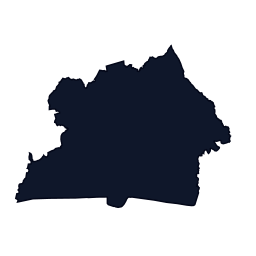 the district of Wa East, Upper West, Ghana, rotated 7°
{"feature_id": "2480657B52594370214383", "entity_name": "Wa East", "entity_type": "district", "adm_level": 2, "iso_a3": "GHA", "parent_name": "Ghana", "parent_adm1": "Upper West", "projection": "natural_earth1", "projection_center": [-2.09, 10.084], "detail": "fine", "context": "isolated", "style": "filled", "palette": "ink", "viewbox_px": 256, "rotation_deg": 7, "n_neighbors": 0, "source": "geoboundaries", "source_scale": "gbopen_adm2", "svg_char_len": 5719}
<svg xmlns="http://www.w3.org/2000/svg" viewBox="0 0 256 256"><g transform="rotate(7 128 128)"><path d="M213.2,104.4L212.5,103.9L212.0,102.5L212.2,101.7L212.0,100.3L211.8,99.3L211.2,98.9L210.7,97.8L210.7,96.7L211.3,96.3L211.2,95.9L210.5,95.2L209.3,92.5L209.0,92.5L209.1,93.1L208.7,93.1L208.2,91.8L207.6,91.9L206.5,90.9L205.6,90.9L205.2,91.3L203.9,90.6L203.4,89.5L202.9,89.7L201.6,88.8L200.5,87.6L198.6,87.0L198.0,86.3L196.9,84.2L196.3,84.2L195.5,84.6L194.5,84.1L193.9,84.0L193.7,83.5L191.9,81.9L191.1,81.7L190.1,81.2L187.0,77.9L185.1,76.7L184.3,75.5L183.3,74.8L181.7,72.9L180.0,71.9L178.6,71.8L177.4,71.4L176.9,69.8L176.9,68.9L176.3,68.0L176.1,66.8L176.4,65.4L176.3,64.9L174.2,61.6L172.4,57.7L170.0,53.7L167.8,51.2L167.4,50.4L164.5,47.6L163.4,45.5L162.0,44.0L160.8,41.1L160.5,41.4L160.4,42.3L159.8,42.8L158.9,44.4L158.1,46.2L158.2,47.3L157.7,48.3L156.1,50.0L155.9,50.7L155.3,51.6L153.0,53.0L152.6,53.1L152.3,52.9L149.9,53.6L149.1,54.1L148.7,54.9L148.2,55.3L146.5,55.9L144.4,55.1L143.8,54.6L142.5,55.2L141.3,55.2L141.0,56.6L140.4,57.8L140.1,59.4L138.9,60.0L137.0,62.0L136.8,62.7L137.1,63.5L136.1,63.9L135.6,64.4L135.6,65.1L136.2,65.5L135.4,66.8L135.1,67.0L134.1,67.1L133.8,66.5L133.1,67.1L132.9,67.6L133.1,68.9L132.8,69.3L132.6,68.9L132.3,69.0L132.1,70.5L130.5,70.5L130.3,70.1L130.2,68.9L129.9,68.7L128.9,68.7L128.2,68.3L127.2,68.4L125.9,67.5L125.5,67.7L125.3,68.4L125.0,68.5L124.3,67.3L123.7,66.8L123.8,65.0L123.2,64.9L122.1,65.0L121.6,65.7L120.6,66.3L120.4,66.8L119.5,67.7L119.1,67.8L118.5,67.6L118.2,67.2L118.6,67.2L118.5,66.9L117.3,66.7L116.3,65.9L115.5,62.2L99.0,69.3L100.4,74.0L100.1,74.4L99.0,74.2L98.7,74.7L98.3,74.7L97.5,74.0L97.2,74.2L96.4,74.2L96.1,74.5L94.8,74.2L93.8,74.4L93.6,74.2L92.9,74.2L91.1,79.3L90.1,81.5L88.9,83.7L89.4,83.9L89.7,84.3L89.7,85.0L89.4,85.8L89.1,86.1L88.6,86.2L88.0,85.7L85.8,87.8L83.6,88.0L83.3,89.4L82.5,90.5L82.8,91.1L82.4,91.7L82.4,92.5L81.8,93.2L81.9,93.6L81.7,93.8L81.1,93.8L79.5,92.6L79.3,91.6L78.9,90.9L78.9,90.1L78.1,89.9L77.7,89.3L77.8,88.9L76.3,87.1L75.9,86.3L74.0,85.3L72.9,86.1L72.2,86.0L71.2,86.7L70.3,86.8L67.6,86.2L66.5,87.0L64.9,86.6L64.6,86.8L64.0,86.5L63.6,85.8L62.7,85.3L62.4,85.7L61.8,85.7L61.7,85.9L61.2,85.9L59.9,87.1L57.3,86.7L56.7,88.0L56.3,88.4L55.5,90.3L54.6,90.8L54.5,91.3L54.2,91.3L54.4,92.3L54.2,93.0L53.1,94.7L52.3,95.7L51.7,98.9L50.7,99.9L50.0,100.1L49.5,100.6L49.2,101.8L47.9,103.0L47.1,104.5L46.5,105.0L46.1,106.4L46.2,108.9L45.6,110.0L45.5,110.7L46.5,113.0L47.1,113.8L47.8,115.6L47.8,116.0L47.4,116.2L47.7,119.2L50.4,118.4L52.9,118.0L54.2,118.6L54.7,119.9L55.5,119.9L56.3,119.3L58.0,120.3L58.3,121.4L57.4,121.9L56.7,122.0L54.5,123.3L53.9,123.3L53.7,123.5L55.4,127.3L55.1,128.7L54.6,129.9L54.6,131.3L55.3,131.4L56.2,132.1L56.9,133.5L57.6,134.1L58.9,133.2L60.0,133.3L60.5,133.7L61.6,133.1L62.4,133.1L64.5,133.7L64.9,134.3L65.4,134.5L65.8,135.3L66.5,135.2L66.8,135.5L67.1,135.3L67.5,135.7L68.0,135.4L68.5,135.9L68.4,136.1L68.6,136.3L68.4,136.7L67.6,137.6L67.2,137.7L67.2,138.1L66.4,138.6L65.8,140.0L65.5,140.3L64.4,140.7L63.3,142.1L62.7,144.1L62.9,147.4L63.5,149.6L63.9,150.4L64.6,153.1L63.4,154.7L63.7,156.0L61.6,156.2L58.8,157.2L57.1,159.1L54.9,160.1L51.6,162.4L51.9,163.3L51.9,165.2L51.4,166.1L50.8,166.7L49.8,166.7L48.0,165.9L47.7,165.5L47.6,165.9L46.8,167.0L46.4,168.0L44.7,170.1L43.6,170.8L43.3,171.2L42.3,171.4L41.4,172.0L39.7,172.7L37.5,172.7L37.1,171.2L36.6,171.1L35.8,167.4L35.4,166.4L34.6,165.3L33.4,164.9L33.7,165.9L33.4,168.7L33.9,171.2L35.4,172.1L36.2,173.4L36.1,175.2L35.5,175.7L33.6,176.0L33.3,179.6L33.0,180.3L33.7,180.3L34.2,180.7L35.0,181.8L34.8,183.7L33.6,185.1L32.9,185.0L32.8,190.0L31.7,191.1L30.6,193.4L30.8,194.2L30.0,196.1L27.5,196.8L27.1,197.2L26.8,198.0L26.9,199.6L27.6,201.0L26.5,202.9L27.3,203.7L27.8,204.6L27.9,205.5L27.1,206.4L25.7,206.8L25.2,211.6L27.0,212.3L27.6,212.8L27.7,213.6L27.4,214.9L42.2,209.8L58.7,207.2L84.9,203.7L95.1,201.9L97.0,201.7L97.2,201.8L105.6,200.3L115.4,199.0L116.0,199.6L116.7,205.3L117.8,206.4L123.2,207.5L124.0,207.3L125.3,207.7L127.8,207.9L130.8,207.0L131.7,206.3L131.8,205.8L132.2,205.6L133.3,204.0L134.7,200.7L135.3,198.6L136.5,196.7L137.2,196.4L139.2,196.3L140.3,196.0L162.9,196.3L175.4,197.0L186.0,196.9L195.5,197.3L200.6,197.2L202.6,196.8L203.6,195.9L204.4,191.6L205.8,183.9L205.7,183.2L205.3,182.4L205.2,181.5L205.9,179.6L205.8,178.6L205.4,178.6L204.7,177.5L204.3,177.5L204.0,176.8L203.8,176.9L203.9,176.7L203.4,176.3L203.6,175.6L203.4,175.4L204.0,174.5L204.1,173.9L203.7,172.5L204.0,171.0L204.0,170.1L203.8,169.6L203.2,169.1L201.9,168.5L201.8,166.8L201.4,165.8L201.8,165.0L203.2,164.6L203.5,164.3L203.0,163.1L203.2,161.3L203.0,160.7L202.4,160.4L203.4,159.3L202.2,157.9L202.4,156.0L202.8,154.9L201.5,152.8L201.4,151.6L200.8,150.5L201.0,148.9L201.7,146.8L202.1,146.5L203.6,146.7L204.6,146.4L204.5,144.8L204.7,144.3L205.6,143.4L206.2,143.9L206.2,141.9L207.1,140.6L208.2,139.9L208.6,140.0L210.2,142.6L211.0,143.4L211.5,142.8L212.4,140.7L212.2,138.6L212.4,138.2L213.3,138.1L215.1,138.8L216.4,139.3L216.7,139.8L217.2,140.0L218.6,139.9L219.7,138.8L221.0,136.9L221.0,136.1L219.1,135.4L218.2,134.9L215.1,131.1L215.2,130.4L217.8,130.3L220.4,129.1L221.6,129.2L222.1,130.0L222.4,131.3L223.2,131.8L224.6,131.9L227.8,130.6L229.0,129.8L230.3,129.6L230.5,128.6L230.8,128.5L229.9,126.7L230.1,126.2L229.9,125.9L230.1,125.3L230.1,124.9L230.7,123.6L230.0,123.4L229.9,122.6L228.7,122.0L228.7,120.8L229.3,119.8L228.1,118.2L227.8,116.7L228.2,116.5L227.4,115.1L226.9,114.8L225.8,115.1L224.9,114.5L224.2,115.0L222.7,115.0L221.8,113.4L221.5,113.5L221.1,113.2L220.9,112.5L221.0,112.1L220.3,111.7L220.2,110.7L219.6,110.1L219.6,109.5L219.2,109.2L218.4,109.4L218.1,109.0L217.4,108.9L217.2,108.4L215.1,107.4L214.7,106.8L214.0,106.4L214.2,105.6L213.2,104.4Z" fill="#0f172a" stroke="#020617" stroke-width="1.5"/></g></svg>